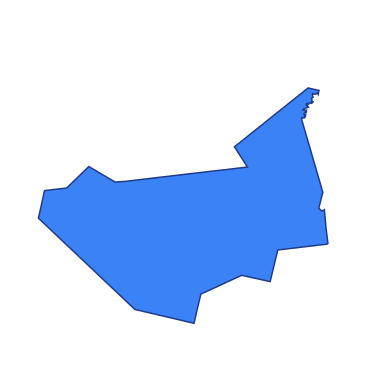 Wosera Gawi District, East Sepik, Papua New Guinea, rotated 103°
{"feature_id": "67681753B51099161190944", "entity_name": "Wosera Gawi District", "entity_type": "district", "adm_level": 2, "iso_a3": "PNG", "parent_name": "Papua New Guinea", "parent_adm1": "East Sepik", "projection": "mercator", "projection_center": [142.835, -4.087], "detail": "fine", "context": "isolated", "style": "filled", "palette": "blue", "viewbox_px": 384, "rotation_deg": 103, "n_neighbors": 0, "source": "geoboundaries", "source_scale": "gbopen_adm2", "svg_char_len": 1110}
<svg xmlns="http://www.w3.org/2000/svg" viewBox="0 0 384 384"><g transform="rotate(103 192 192)"><path d="M223.8,336.0L252.1,335.7L285.5,278.8L296.6,259.9L319.2,221.4L319.3,221.3L319.5,160.5L300.8,160.5L289.5,160.4L271.9,137.7L262.0,124.9L261.7,95.7L229.2,95.4L215.2,56.5L212.6,49.0L211.5,48.0L196.7,53.4L188.4,56.1L179.4,59.0L181.4,61.2L179.4,64.8L162.8,64.5L96.4,101.6L95.7,101.3L94.8,101.6L94.8,100.3L94.4,99.0L93.3,99.2L93.0,98.5L90.9,98.7L91.8,99.8L90.4,100.6L88.9,99.3L88.5,98.5L86.9,98.8L88.0,99.4L86.7,100.8L87.2,102.2L85.8,101.8L85.7,100.7L84.4,99.7L83.6,98.7L83.1,97.6L82.1,98.9L81.8,100.1L80.7,100.2L80.9,99.0L80.4,98.4L79.9,99.6L79.2,98.4L78.9,97.7L78.8,96.8L78.5,96.2L78.8,95.7L77.8,94.6L77.0,94.5L77.3,95.6L76.7,96.0L75.7,95.7L74.7,96.2L73.7,96.5L72.4,95.3L71.7,95.8L70.8,96.5L69.1,96.6L69.0,96.0L69.4,95.8L69.0,94.3L68.6,93.2L67.3,92.2L68.6,91.0L67.6,91.0L66.5,91.1L64.5,91.1L64.5,102.3L138.4,160.8L141.2,157.9L155.2,143.6L163.5,166.7L167.3,177.5L172.8,192.9L183.6,223.1L196.6,259.3L199.6,269.2L190.4,298.3L216.3,315.0L223.8,336.0Z" fill="#3b82f6" stroke="#1e3a8a" stroke-width="1.5"/></g></svg>